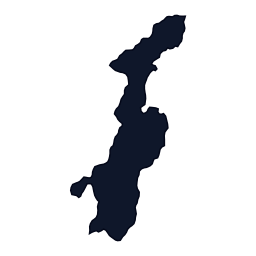 Engenheiro Caldas, Minas Gerais, Brazil (Equal Earth projection)
{"feature_id": "56859067B22577605542088", "entity_name": "Engenheiro Caldas", "entity_type": "district", "adm_level": 2, "iso_a3": "BRA", "parent_name": "Brazil", "parent_adm1": "Minas Gerais", "projection": "equal_earth", "projection_center": [-42.021, -19.12], "detail": "fine", "context": "isolated", "style": "filled", "palette": "ink", "viewbox_px": 256, "rotation_deg": 0, "n_neighbors": 0, "source": "geoboundaries", "source_scale": "gbopen_adm2", "svg_char_len": 2904}
<svg xmlns="http://www.w3.org/2000/svg" viewBox="0 0 256 256"><path d="M109.7,65.4L111.6,67.1L113.2,68.6L115.4,70.4L117.7,71.2L120.1,72.1L122.8,72.5L125.8,73.8L127.9,76.7L128.5,80.5L128.9,84.7L127.1,86.3L125.5,87.7L124.6,90.5L124.6,94.2L122.7,96.9L121.2,99.3L120.3,102.8L118.8,106.6L116.5,108.9L115.2,111.2L114.5,113.9L116.7,116.7L117.9,119.2L119.6,121.2L122.5,123.7L122.0,126.3L120.0,127.6L118.9,130.2L118.5,133.0L116.9,135.4L115.4,136.9L114.4,139.8L113.9,143.0L113.2,145.7L111.2,147.3L110.1,149.9L110.1,153.6L109.6,156.9L108.9,159.6L107.8,161.9L106.0,163.2L103.9,164.2L101.7,164.6L99.6,165.0L97.4,165.8L94.9,166.7L93.5,169.4L92.6,172.0L92.4,174.8L91.4,177.2L89.6,178.0L87.8,177.8L85.9,177.4L83.9,177.1L82.0,179.2L79.9,181.4L78.0,182.4L76.2,183.0L72.7,184.5L71.2,187.5L70.7,190.5L71.9,194.5L73.8,194.9L76.6,195.5L78.8,197.4L80.6,196.1L81.6,193.3L83.2,191.2L84.7,188.4L86.0,185.8L87.1,183.8L89.1,183.6L91.4,183.9L92.9,186.7L93.8,191.3L94.8,195.4L96.1,198.0L97.6,200.3L99.1,201.5L98.2,204.0L97.6,206.8L98.0,210.2L97.6,214.7L96.2,217.7L94.3,219.3L92.3,220.7L90.5,223.7L89.7,226.6L89.9,230.3L89.5,233.6L91.7,232.3L94.2,231.3L96.4,230.7L98.5,231.9L101.2,230.7L103.6,229.1L105.8,230.1L107.4,232.3L109.5,235.5L111.7,237.2L113.8,238.7L115.6,240.0L117.6,240.6L120.3,240.3L122.6,236.7L124.8,234.6L126.4,232.2L127.6,229.3L129.6,227.1L131.8,225.6L133.9,223.6L135.1,220.1L135.4,217.1L136.2,213.9L135.7,210.6L135.1,207.6L135.7,205.2L137.0,203.1L137.7,199.5L139.0,196.2L139.2,192.1L137.3,188.8L136.6,185.6L136.9,182.2L137.5,177.7L138.9,174.8L139.3,171.1L141.5,168.8L143.9,167.8L146.6,167.3L148.5,166.5L150.3,165.6L152.2,163.8L153.0,161.3L154.0,158.9L157.6,157.8L158.8,154.9L159.5,151.9L160.0,149.4L161.8,147.0L164.4,145.6L164.4,139.6L164.2,135.7L164.8,132.2L166.4,129.9L167.9,128.0L167.5,124.0L166.6,120.3L165.6,116.2L163.5,113.6L161.5,114.3L159.3,114.1L157.8,111.9L158.2,108.9L155.8,108.0L152.9,107.6L149.7,107.3L148.2,109.2L147.3,111.5L145.4,113.0L143.1,113.5L141.0,111.2L140.5,107.6L142.7,105.9L144.8,104.5L145.2,101.7L145.6,98.6L145.4,95.1L144.9,92.5L144.4,88.9L144.4,85.1L145.3,82.3L146.2,80.1L147.1,77.3L148.4,75.3L149.6,73.2L151.6,71.0L153.6,69.8L155.3,70.6L156.9,68.9L155.2,65.8L153.2,65.2L151.4,64.2L153.1,61.2L155.5,59.6L157.2,58.5L159.3,57.3L160.1,53.6L162.8,51.0L165.7,50.3L167.6,47.8L169.8,48.8L172.8,48.2L175.2,46.0L177.7,46.6L179.5,43.6L181.4,41.2L182.1,38.4L182.1,35.6L182.9,32.8L184.2,31.1L184.8,28.2L184.1,24.7L183.4,21.9L184.4,19.3L185.3,16.2L182.8,16.3L179.7,16.2L177.1,15.4L174.8,15.5L172.4,16.9L169.0,16.5L167.1,16.8L165.6,18.2L164.0,20.0L161.8,21.3L159.3,23.3L156.3,23.9L154.0,25.3L153.2,28.5L153.0,31.3L152.4,34.1L150.4,37.2L148.4,38.5L146.0,38.4L143.4,38.4L141.6,39.6L140.5,42.6L138.3,44.4L135.6,45.9L134.3,48.4L132.7,49.9L129.9,50.2L125.8,50.4L124.1,51.9L122.3,53.9L119.8,55.7L117.7,59.4L115.2,60.5L112.7,61.4L110.8,63.3L109.7,65.4Z" fill="#0f172a" stroke="#020617" stroke-width="1.5"/></svg>